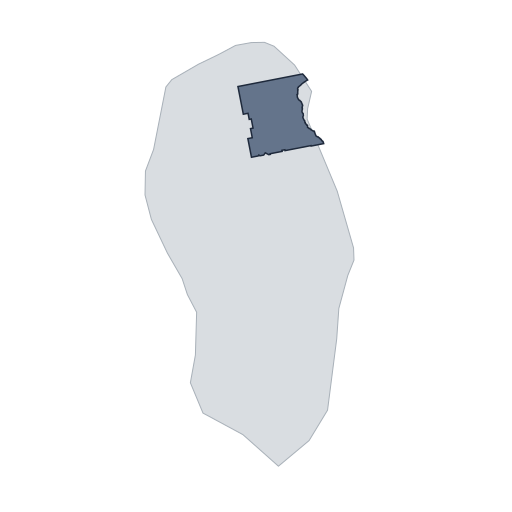 96, Ar Rayyān, Qatar shown in context, rotated 169°
{"feature_id": "91078587B9070844542382", "entity_name": "96", "entity_type": "district", "adm_level": 2, "iso_a3": "QAT", "parent_name": "Qatar", "parent_adm1": "Ar Rayyān", "projection": "robinson", "projection_center": [50.859, 24.856], "detail": "fine", "context": "in_parent", "style": "filled", "palette": "slate", "viewbox_px": 512, "rotation_deg": 169, "n_neighbors": 0, "source": "geoboundaries", "source_scale": "gbopen_adm2", "svg_char_len": 4237}
<svg xmlns="http://www.w3.org/2000/svg" viewBox="0 0 512 512"><g transform="rotate(169 256 256)"><path d="M275.7,455.3L255.2,460.7L235.9,466.6L219.8,466.4L206.9,464.1L198.3,458.5L181.7,436.1L170.0,407.0L177.2,390.8L179.7,380.7L163.9,304.1L158.7,245.3L160.6,233.3L169.6,219.4L184.7,188.7L192.6,159.2L215.2,91.0L239.1,64.7L274.1,45.4L302.9,83.1L338.0,111.9L344.6,144.1L334.4,170.3L325.0,212.1L330.7,231.2L332.8,247.8L342.4,275.7L351.7,311.9L353.3,337.1L348.3,360.5L336.2,380.1L312.2,439.1L305.0,445.2L275.7,455.3Z" fill="#d9dde1" stroke="#a8b0b8" stroke-width="1"/><path d="M241.4,425.8L241.4,397.6L236.6,397.6L236.6,391.4L234.5,391.4L234.5,382.1L237.1,382.1L237.1,372.8L241.6,372.8L241.6,353.8L234.7,353.8L233.9,354.6L233.1,353.6L229.2,353.6L227.2,355.5L224.1,353.0L222.6,353.0L222.6,353.7L210.4,353.7L210.4,354.8L207.4,354.8L207.4,353.9L180.9,353.9L180.9,353.4L168.1,353.4L168.1,353.7L168.3,354.0L168.2,354.6L168.2,354.9L168.4,355.1L168.4,355.6L168.6,355.7L168.6,355.8L168.9,355.9L168.9,356.0L169.0,356.0L169.3,356.9L169.6,357.1L169.7,357.6L169.7,357.8L169.9,358.2L170.0,358.3L170.4,358.4L170.4,358.7L170.5,358.8L170.7,359.0L170.8,359.3L171.0,359.4L171.1,359.7L171.3,359.8L171.6,360.2L171.8,360.4L171.9,360.5L172.0,360.6L172.2,360.8L172.2,361.0L172.6,361.1L172.9,361.3L173.0,361.3L173.1,361.5L173.3,361.6L173.6,361.8L173.7,362.1L174.1,362.3L174.2,362.6L174.3,362.7L174.3,362.8L174.4,363.1L174.4,363.8L174.6,364.4L174.6,364.6L174.7,364.8L174.7,365.5L174.8,365.7L174.8,366.4L174.9,366.5L174.9,367.2L175.3,367.2L175.3,367.6L175.7,367.8L176.1,367.9L176.2,368.0L176.3,368.0L176.7,368.4L176.8,368.4L176.9,368.5L177.1,368.7L177.1,368.8L177.3,369.0L177.5,369.2L177.6,369.3L177.8,369.6L178.0,369.6L178.0,369.9L178.2,370.0L178.3,370.1L178.5,370.3L178.8,370.7L179.1,370.8L179.3,371.1L179.5,371.1L179.5,371.3L179.8,371.4L179.9,371.5L180.2,371.8L180.3,372.0L180.5,372.1L180.6,372.3L180.7,372.6L180.8,372.6L180.6,373.9L180.5,374.5L180.8,374.8L181.2,374.9L181.3,374.9L181.3,375.0L181.4,375.4L181.5,375.5L181.5,375.8L181.7,376.0L181.8,376.1L182.0,376.3L182.1,376.5L182.3,377.0L182.2,377.4L182.3,377.4L182.3,377.5L182.5,377.7L182.5,378.4L182.4,378.8L182.4,379.6L182.6,379.9L182.7,380.0L182.8,380.0L183.1,380.9L183.1,381.0L183.2,381.3L183.2,381.5L183.4,382.0L183.4,382.4L183.4,382.6L183.5,382.7L183.6,383.3L183.5,383.5L183.4,383.7L183.4,383.9L183.2,384.1L182.9,384.4L182.7,384.8L182.6,386.0L182.6,386.3L182.5,386.6L182.6,387.0L182.8,387.3L183.0,387.4L183.0,387.5L183.2,388.0L183.2,388.5L183.3,388.6L183.3,389.1L183.3,389.3L183.1,389.9L183.0,390.0L182.9,390.5L182.7,390.7L182.7,390.8L182.6,391.1L182.5,391.5L182.4,391.5L182.3,391.9L182.3,392.0L182.3,392.3L182.3,392.5L182.5,392.6L182.4,393.2L182.2,393.3L182.2,393.6L181.9,394.0L181.7,394.3L181.6,394.5L181.4,395.1L181.7,395.3L181.7,396.2L181.8,396.4L181.8,396.8L181.8,397.0L181.9,397.3L182.0,397.5L182.1,398.2L182.1,398.3L182.1,398.5L182.3,398.6L182.4,398.9L182.4,399.0L182.5,399.2L182.7,399.3L182.8,399.4L182.9,399.6L183.1,400.0L183.2,400.3L183.3,400.4L183.5,400.4L183.7,400.5L183.8,400.6L184.0,400.8L184.1,401.0L184.2,401.3L184.3,401.4L184.3,401.6L184.5,401.8L184.5,402.0L184.7,402.3L184.8,402.8L184.8,403.1L184.9,403.3L185.0,403.5L185.1,403.9L185.1,404.0L185.0,404.5L185.0,404.9L185.0,405.0L185.0,405.3L185.0,405.6L184.9,405.8L184.8,406.1L184.7,406.2L184.7,406.3L184.8,406.6L184.6,406.6L184.6,406.8L184.4,406.8L184.3,407.0L184.2,407.0L184.1,407.3L184.0,407.5L183.9,407.8L183.9,408.0L183.9,408.3L183.9,408.7L183.8,408.8L183.8,409.0L183.7,409.2L183.7,409.3L183.6,409.5L183.5,410.4L183.4,410.4L183.3,410.5L183.3,410.8L183.2,410.8L183.0,411.5L183.1,411.8L183.3,411.8L183.3,412.1L183.2,412.5L183.0,412.8L182.9,413.0L182.7,413.3L182.4,413.4L182.4,413.6L182.1,413.7L182.0,413.9L181.9,413.9L181.6,414.1L181.2,414.4L180.9,414.5L180.6,414.6L180.3,414.8L180.2,414.8L179.9,415.0L179.6,415.2L179.4,415.3L179.2,415.4L179.2,415.5L178.7,415.8L178.3,416.1L178.1,416.2L178.0,416.3L177.6,416.5L176.7,416.9L176.5,417.0L176.4,417.0L176.0,417.2L175.8,417.4L175.5,417.4L175.3,417.6L175.2,417.6L174.9,417.8L174.7,417.8L173.5,418.3L173.0,418.5L172.7,418.6L172.4,418.7L172.0,418.9L171.7,418.9L171.7,419.0L172.8,421.2L174.0,423.3L174.2,423.7L175.5,425.8L241.4,425.8Z" fill="#64748b" stroke="#1e293b" stroke-width="1.5"/></g></svg>